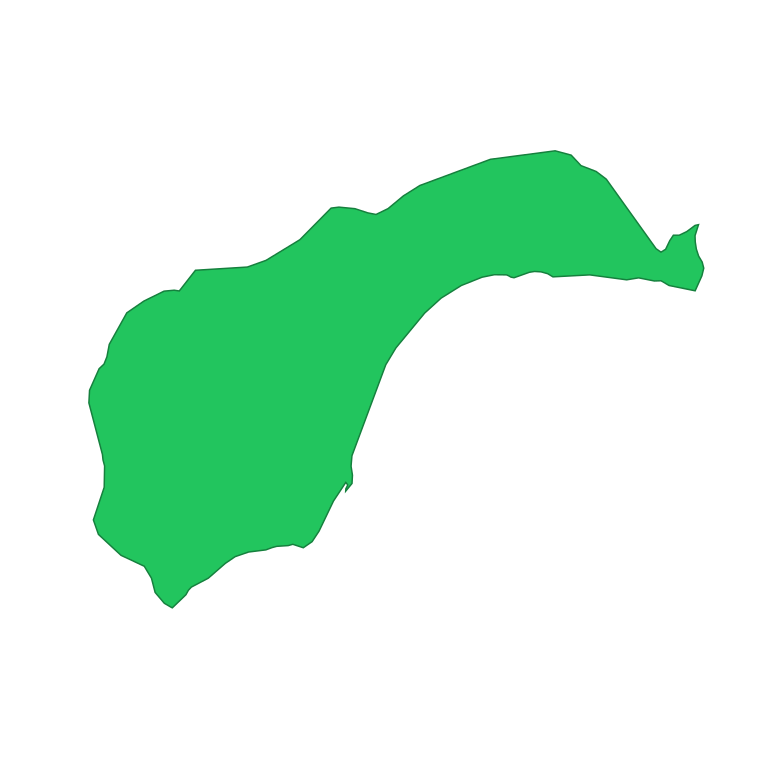 outline of Gilan, rotated 103°
{"feature_id": "IRN-3240", "entity_name": "Gilan", "entity_type": "Province", "adm_level": 1, "iso_a3": "IRN", "parent_name": "Iran", "parent_adm1": "", "projection": "robinson", "projection_center": [49.412, 37.503], "detail": "fine", "context": "isolated", "style": "filled", "palette": "green", "viewbox_px": 768, "rotation_deg": 103, "n_neighbors": 0, "source": "natural_earth", "source_scale": "10m", "svg_char_len": 1453}
<svg xmlns="http://www.w3.org/2000/svg" viewBox="0 0 768 768"><g transform="rotate(103 384 384)"><path d="M158.0,113.4L169.5,114.3L175.5,112.7L182.3,110.0L188.6,106.2L193.6,101.4L199.2,98.5L207.1,98.6L223.2,101.8L223.9,128.4L221.1,137.3L222.8,143.8L223.3,159.8L227.9,171.0L231.4,208.1L241.6,243.5L239.7,249.3L239.4,256.2L240.5,262.7L242.4,267.4L251.2,281.2L251.3,284.3L250.5,287.0L250.1,289.2L252.7,301.1L257.9,312.5L270.6,330.8L287.4,347.6L305.7,360.3L346.1,380.5L364.8,386.6L461.1,399.1L471.5,397.6L480.0,394.2L488.1,392.8L497.0,397.2L494.6,397.6L491.9,396.9L490.4,396.7L488.5,399.1L509.4,406.9L542.0,414.2L553.8,418.6L561.7,425.8L560.7,436.8L563.0,441.0L566.3,452.0L568.6,456.3L572.2,461.8L578.2,478.2L585.7,490.2L594.5,498.3L612.7,511.5L625.2,526.0L629.0,528.2L633.9,529.6L649.7,539.9L649.5,540.9L647.1,548.7L638.6,560.1L625.5,566.9L615.5,576.6L610.1,601.7L594.8,628.4L581.8,636.6L547.6,633.4L526.7,637.8L521.2,640.7L516.0,642.5L468.8,667.3L456.3,669.5L433.1,665.0L427.6,661.3L419.9,660.1L407.1,660.6L372.5,650.6L357.2,636.6L343.0,619.2L339.8,609.5L339.4,604.4L315.6,593.3L300.8,543.5L290.1,526.8L262.3,498.4L224.5,475.1L221.8,467.7L219.7,451.8L220.9,438.5L220.6,429.9L212.2,419.5L196.3,407.4L182.5,393.7L141.1,330.8L118.3,269.7L118.9,253.1L126.9,241.2L129.2,225.1L134.4,213.5L191.0,149.3L193.2,143.8L189.4,139.9L180.0,137.8L173.9,135.5L172.6,129.8L167.4,123.3L159.5,116.6L158.0,113.4Z" fill="#22c55e" stroke="#15803d" stroke-width="1.5"/></g></svg>